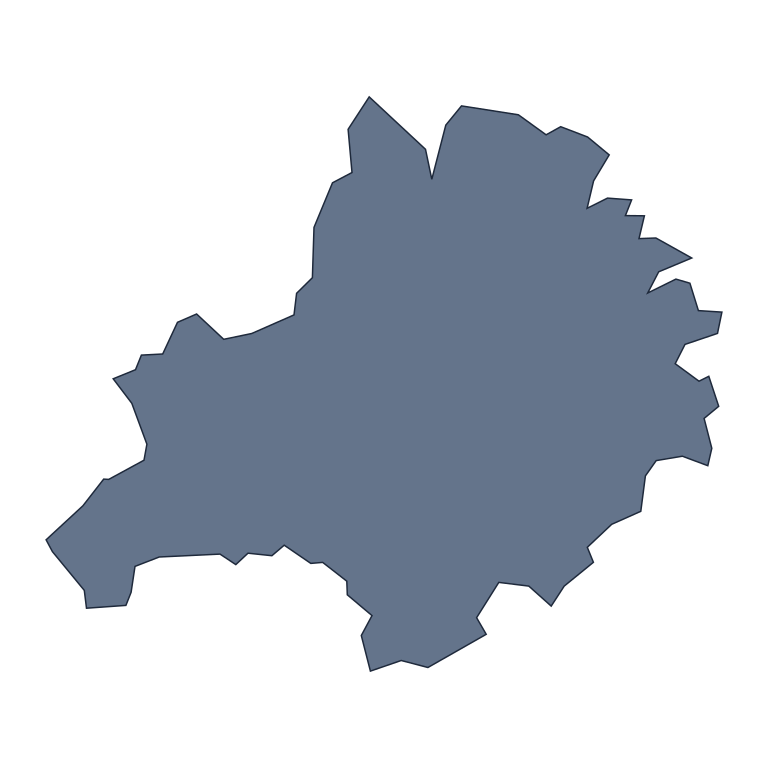 the district of Boone, West Virginia, United States of America, rotated 90°
{"feature_id": "52423323B6396533628849", "entity_name": "Boone", "entity_type": "district", "adm_level": 2, "iso_a3": "USA", "parent_name": "United States of America", "parent_adm1": "West Virginia", "projection": "equal_earth", "projection_center": [-81.709, 37.997], "detail": "fine", "context": "isolated", "style": "filled", "palette": "slate", "viewbox_px": 768, "rotation_deg": 90, "n_neighbors": 0, "source": "geoboundaries", "source_scale": "gbopen_adm2", "svg_char_len": 1246}
<svg xmlns="http://www.w3.org/2000/svg" viewBox="0 0 768 768"><g transform="rotate(90 384 384)"><path d="M149.3,342.5L96.9,398.8L129.3,419.9L172.5,416.0L182.8,435.5L227.4,454.0L277.7,455.6L293.3,471.4L314.9,474.0L333.5,516.3L339.3,544.3L314.0,571.4L322.3,590.5L354.0,605.3L355.1,626.6L369.7,632.5L378.8,654.8L403.3,636.2L444.2,621.1L460.2,624.0L479.4,659.3L479.1,664.3L505.8,685.1L539.8,721.9L551.6,715.6L590.4,683.7L608.2,681.5L605.4,642.1L592.3,636.9L566.4,633.0L557.0,608.8L554.1,548.0L564.6,532.2L553.2,520.0L555.7,496.1L545.2,483.8L563.4,457.2L562.4,445.3L581.2,421.2L594.8,420.7L615.6,396.0L635.5,406.7L671.1,397.6L660.5,366.8L667.5,340.1L634.3,281.8L617.7,291.4L582.4,269.2L586.1,239.2L606.1,216.8L586.1,203.8L562.3,174.6L547.3,180.7L524.3,156.3L511.3,127.2L475.9,122.6L460.6,111.8L456.2,85.7L465.7,60.2L448.3,56.2L418.4,63.9L406.3,49.3L376.3,59.2L381.2,69.0L363.7,92.8L344.4,83.0L333.4,50.5L312.1,46.1L310.6,69.6L283.2,78.1L279.1,92.1L293.0,120.3L271.8,109.3L258.0,76.3L238.0,112.1L238.6,129.0L215.8,123.6L215.6,142.6L199.9,136.4L198.1,160.5L208.3,180.9L180.9,174.4L154.9,158.8L137.0,180.4L126.7,207.3L134.8,221.9L114.8,249.6L105.9,306.5L125.1,322.2L179.3,336.2L149.3,342.5Z" fill="#64748b" stroke="#1e293b" stroke-width="1.5"/></g></svg>